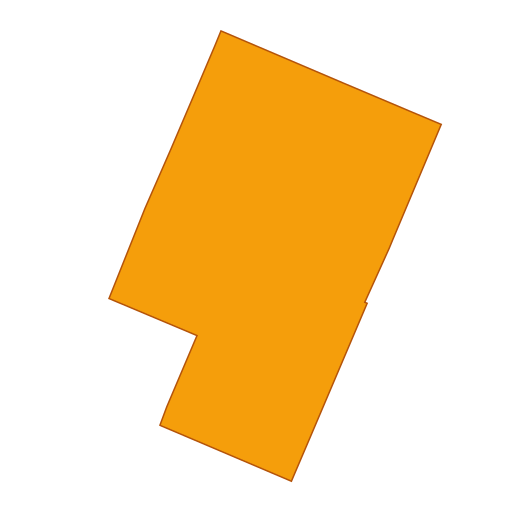 Caddo, Oklahoma, United States of America (Mercator projection), rotated 203°
{"feature_id": "52423323B82661835696463", "entity_name": "Caddo", "entity_type": "district", "adm_level": 2, "iso_a3": "USA", "parent_name": "United States of America", "parent_adm1": "Oklahoma", "projection": "mercator", "projection_center": [-98.392, 35.203], "detail": "fine", "context": "isolated", "style": "filled", "palette": "amber", "viewbox_px": 512, "rotation_deg": 203, "n_neighbors": 0, "source": "geoboundaries", "source_scale": "gbopen_adm2", "svg_char_len": 440}
<svg xmlns="http://www.w3.org/2000/svg" viewBox="0 0 512 512"><g transform="rotate(203 256 256)"><path d="M135.4,62.5L135.4,71.1L135.3,111.2L135.2,255.9L137.8,255.9L136.4,315.2L136.5,324.8L136.9,449.5L170.7,449.4L242.5,449.3L376.2,449.5L376.0,433.4L376.0,377.3L376.1,320.0L376.8,256.2L374.7,159.4L281.7,159.7L279.2,159.7L279.2,82.2L278.3,62.7L276.1,62.6L243.0,62.6L135.4,62.5Z" fill="#f59e0b" stroke="#b45309" stroke-width="1.5"/></g></svg>